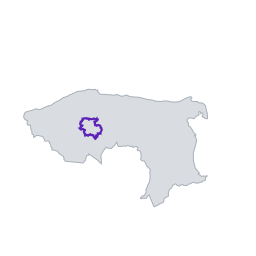 La Convencion, Cusco, Peru (highlighted), rotated 125°
{"feature_id": "86281439B48996208982152", "entity_name": "La Convencion", "entity_type": "district", "adm_level": 2, "iso_a3": "PER", "parent_name": "Peru", "parent_adm1": "Cusco", "projection": "mercator", "projection_center": [-72.836, -12.335], "detail": "fine", "context": "in_parent", "style": "outline", "palette": "violet", "viewbox_px": 256, "rotation_deg": 125, "n_neighbors": 0, "source": "geoboundaries", "source_scale": "gbopen_adm2", "svg_char_len": 7931}
<svg xmlns="http://www.w3.org/2000/svg" viewBox="0 0 256 256"><g transform="rotate(125 128 128)"><path d="M178.5,76.8L178.4,77.5L177.6,77.8L176.9,77.3L175.7,77.5L174.1,76.0L170.1,76.2L168.4,78.0L165.8,78.3L162.9,79.2L159.7,79.5L154.6,82.3L153.4,83.5L151.1,85.2L149.3,85.7L148.3,90.9L146.5,93.9L145.8,95.5L146.8,98.0L146.7,99.2L145.7,100.2L144.9,100.3L143.1,101.4L140.5,103.7L140.1,105.4L140.9,107.7L140.6,108.0L138.5,108.4L138.5,109.7L138.1,110.2L139.9,112.1L140.9,112.5L141.0,113.0L140.8,113.4L140.4,113.7L140.4,114.1L141.7,115.4L142.6,118.2L144.5,119.6L144.6,120.4L145.1,121.3L146.1,122.0L148.4,124.8L148.4,126.0L146.0,129.0L150.0,129.0L154.3,130.0L154.9,130.5L155.5,131.8L155.5,132.7L156.4,133.4L156.3,135.0L162.1,135.0L165.8,134.6L171.8,129.7L172.7,129.3L172.2,130.3L172.1,131.1L172.5,132.0L171.8,133.2L171.7,145.3L172.8,144.6L174.2,145.7L175.2,145.8L178.5,144.4L182.4,144.7L191.3,160.5L190.5,161.6L190.6,162.4L189.5,163.1L188.4,164.4L188.3,170.7L187.4,172.6L187.9,173.6L188.4,175.7L189.2,176.9L189.4,177.7L189.3,178.0L188.1,178.6L188.0,179.8L185.8,182.1L185.4,183.6L184.6,184.1L184.4,185.9L186.4,188.7L185.1,190.4L183.9,192.9L186.0,198.2L186.8,198.9L187.7,198.9L189.0,199.3L189.7,200.1L188.1,201.1L187.8,201.6L187.9,203.3L186.1,204.6L183.8,208.0L183.1,208.2L181.9,209.2L181.7,209.7L181.9,210.1L182.9,211.1L183.0,212.4L181.3,213.9L180.1,214.0L179.6,214.4L180.1,216.5L180.1,217.4L179.7,218.5L178.9,219.7L176.3,221.0L174.0,221.2L170.0,218.1L168.7,216.8L164.8,214.2L164.1,211.5L162.8,210.1L160.4,209.1L158.5,207.7L157.0,207.1L153.4,204.0L150.2,203.0L144.1,199.8L140.8,198.7L136.6,195.7L134.4,194.9L132.6,193.5L127.1,190.5L126.2,189.6L125.4,188.1L124.1,187.2L122.8,185.2L120.7,184.0L118.8,182.4L116.4,178.2L115.2,177.3L115.1,175.4L114.3,174.5L115.5,173.9L116.3,170.9L115.9,169.4L113.1,165.4L112.5,163.8L110.5,160.8L109.8,158.9L108.2,157.6L107.5,156.5L106.6,156.0L106.5,154.6L105.9,151.9L105.0,150.6L101.8,148.1L101.4,145.4L100.7,143.5L96.2,135.9L93.6,128.6L91.4,124.5L90.5,122.2L90.5,120.9L88.8,118.8L88.0,116.8L84.3,113.0L82.2,108.8L81.9,107.6L80.5,105.3L78.1,102.3L77.0,101.1L70.0,97.4L66.7,95.1L66.3,94.0L66.4,93.3L67.2,92.7L68.2,93.1L68.8,92.9L69.2,92.1L69.3,90.9L68.6,89.3L66.4,86.2L67.0,84.8L64.7,81.2L65.2,77.7L65.7,76.8L69.2,73.3L70.1,71.8L71.5,70.8L73.0,69.4L74.8,68.3L75.3,68.7L75.9,70.6L75.8,71.8L76.3,73.2L75.0,74.5L73.7,74.2L73.2,74.6L73.0,75.2L73.2,76.1L73.5,76.5L74.5,76.5L73.2,78.4L73.3,78.8L74.2,79.1L75.1,78.6L76.1,77.6L76.7,77.4L80.1,79.2L81.7,79.0L82.9,79.9L83.1,81.2L84.8,83.8L87.3,84.4L87.8,84.2L88.3,83.2L88.9,83.1L89.0,81.6L91.2,80.1L91.6,79.1L91.2,78.3L91.3,77.7L92.6,74.3L93.0,74.0L93.4,72.9L93.9,72.2L94.6,68.4L95.2,68.4L95.8,69.3L96.5,69.1L96.1,68.2L96.3,67.9L98.7,64.9L99.5,64.2L111.3,60.0L117.2,55.7L122.4,49.7L124.0,43.6L124.6,44.1L125.6,43.9L125.3,41.5L125.5,40.3L125.5,40.0L123.9,38.5L123.2,36.9L121.8,36.0L121.8,35.6L123.3,36.0L124.7,35.8L125.9,34.8L126.7,34.9L128.7,36.3L130.1,36.4L130.6,37.4L131.9,38.1L133.9,40.2L134.8,42.5L134.8,42.9L135.7,44.1L137.6,44.7L139.5,46.4L141.5,46.9L142.4,48.4L142.9,48.9L143.2,49.8L142.9,50.8L143.2,51.3L144.6,52.2L145.9,52.3L146.2,52.7L146.9,55.2L146.4,56.5L146.6,57.2L148.2,57.8L148.7,58.4L150.0,58.5L151.9,57.9L154.2,58.7L155.9,58.4L156.8,58.2L157.6,57.7L158.3,57.7L160.1,56.1L160.6,55.9L162.5,56.7L164.2,57.8L166.2,57.5L167.0,56.9L168.4,56.5L171.1,57.8L171.7,58.5L172.4,58.6L175.2,59.9L175.7,60.5L177.2,61.0L177.5,61.4L177.4,61.9L170.8,72.3L172.8,73.1L174.7,72.6L175.7,73.3L176.5,75.0L178.0,76.1L178.5,76.8Z" fill="#d9dde1" stroke="#a8b0b8" stroke-width="1"/><path d="M150.4,170.2L150.7,169.9L150.9,169.8L151.2,169.9L151.3,169.8L151.6,169.7L151.8,169.5L152.0,169.6L152.2,169.3L152.3,169.3L152.5,169.1L152.7,168.7L152.6,168.4L152.6,167.9L152.4,167.6L152.5,167.4L152.3,167.4L152.3,167.1L152.1,166.7L152.4,166.6L152.6,166.6L153.3,166.7L153.4,166.9L153.6,166.9L153.8,167.2L154.0,167.3L154.5,167.3L154.7,167.2L154.8,167.3L155.1,167.0L155.1,166.8L155.2,166.7L155.3,166.7L155.4,166.9L155.6,166.9L155.7,167.0L155.8,167.1L155.8,166.9L155.9,166.6L156.2,166.7L156.3,166.3L156.3,166.2L156.4,165.9L156.3,165.7L156.0,165.6L156.0,165.3L155.9,165.1L155.5,165.0L155.4,165.0L155.3,164.9L155.2,164.9L154.7,164.4L154.8,164.2L154.6,164.0L154.5,163.8L154.6,163.4L154.5,163.2L154.5,162.7L154.6,162.4L154.9,162.2L154.6,162.1L154.4,161.9L154.5,161.8L154.8,161.8L155.0,162.0L155.4,162.1L155.9,162.2L156.1,162.1L156.3,162.1L156.6,161.9L156.8,161.7L156.9,161.3L156.9,161.0L157.2,160.6L157.3,160.7L157.5,160.2L157.5,159.8L157.7,159.7L158.0,159.6L158.4,159.4L158.5,159.2L158.4,159.0L158.5,158.9L158.7,158.7L158.4,158.6L157.8,158.3L157.8,158.1L157.7,158.0L157.4,157.8L157.2,157.8L157.2,157.3L157.1,157.1L157.3,156.8L157.2,156.7L157.2,156.2L156.4,156.0L155.8,156.0L155.4,155.9L155.4,155.6L155.5,155.4L155.3,155.3L155.3,155.1L154.7,155.0L154.8,154.7L154.7,154.6L154.7,154.2L154.8,153.9L154.2,153.6L154.2,153.4L154.4,153.3L154.4,153.2L154.3,152.9L153.9,152.6L153.8,152.3L154.0,152.2L154.2,151.9L154.3,151.8L154.4,151.6L154.6,151.6L154.8,151.4L155.0,151.1L155.0,150.9L155.1,150.6L155.1,150.4L155.1,150.2L155.3,149.9L155.2,149.6L155.4,149.2L155.6,149.1L155.7,148.7L155.3,148.6L155.3,148.4L155.2,148.4L154.9,148.5L154.9,148.4L154.7,148.4L154.5,148.6L154.3,148.6L154.2,148.6L154.1,148.8L154.0,148.7L153.9,148.8L153.7,149.0L153.6,148.9L153.6,149.1L153.4,149.1L153.2,149.3L153.1,149.2L153.1,149.3L153.0,149.5L152.9,149.4L153.0,149.5L152.9,149.5L152.6,149.6L152.3,149.6L152.2,149.6L152.1,149.4L152.0,149.6L151.9,149.5L152.0,149.4L151.9,149.4L151.7,149.4L151.6,149.2L151.2,149.2L151.0,148.8L151.1,148.7L150.9,148.7L150.9,148.8L150.9,148.7L150.7,148.7L150.5,148.9L150.3,149.0L150.2,149.1L150.2,148.9L150.1,149.1L149.9,149.0L149.7,149.1L149.8,149.0L149.7,149.0L149.7,148.9L149.4,148.9L149.2,148.6L149.2,148.8L148.9,148.7L148.9,148.8L148.8,148.7L148.7,148.6L148.5,148.4L148.8,148.3L148.6,148.3L148.6,148.1L148.8,148.1L148.7,148.0L148.6,147.9L148.4,147.9L148.4,147.4L148.5,147.4L148.4,147.3L148.0,147.5L147.9,147.8L147.5,148.0L147.3,147.9L146.8,148.1L146.4,148.1L146.2,148.1L145.7,148.2L145.6,148.3L145.0,148.3L144.7,148.3L144.6,148.5L144.3,148.7L144.3,148.9L144.1,149.0L143.9,149.1L143.7,149.3L143.6,149.7L143.4,149.7L143.4,149.8L143.3,150.0L143.6,150.3L143.6,150.6L143.4,150.6L143.2,150.6L143.1,150.9L142.5,151.3L142.1,151.8L142.0,152.1L142.4,152.7L142.4,152.9L142.3,153.0L142.3,153.7L142.6,153.8L143.0,154.0L143.5,154.6L143.7,154.8L143.7,155.0L143.8,155.2L143.7,155.2L143.8,155.3L143.9,155.5L144.1,155.4L144.1,155.6L144.1,155.8L144.0,156.0L144.1,156.3L144.3,156.4L144.6,156.5L144.5,156.8L144.1,156.8L143.7,156.9L143.4,157.6L143.4,157.8L143.1,157.9L142.9,157.9L142.6,158.0L142.4,158.2L142.3,158.6L142.3,159.1L142.1,159.3L141.8,159.2L141.5,159.0L141.5,158.7L141.2,158.4L141.1,158.1L140.9,158.1L140.7,158.1L140.1,157.6L139.8,157.7L139.7,157.8L139.3,157.8L139.1,157.9L138.9,157.7L138.7,157.6L138.6,157.8L138.3,157.8L138.4,158.2L138.4,158.5L138.5,158.8L138.4,158.9L138.6,158.9L138.8,159.2L139.1,159.5L139.3,159.5L139.4,160.0L139.6,160.4L139.6,160.8L139.8,160.8L140.1,161.3L140.1,161.7L140.6,162.0L140.8,161.9L141.0,162.2L141.2,162.4L141.3,162.4L141.6,162.8L141.9,163.2L141.9,163.4L142.0,163.6L142.2,163.8L142.2,164.0L142.3,164.2L142.9,164.6L142.8,164.8L142.9,165.0L143.1,164.9L143.1,165.1L143.0,165.3L142.8,165.5L143.1,165.7L143.4,165.6L143.3,166.0L143.2,166.1L143.2,166.3L143.3,166.3L143.3,166.2L143.5,166.3L143.6,166.6L143.6,166.8L143.8,167.0L143.9,166.9L144.0,167.1L144.0,167.4L144.1,167.5L144.0,167.8L144.3,167.9L144.3,168.1L144.5,168.4L144.7,168.5L144.7,168.8L144.8,168.8L145.0,169.0L145.2,169.3L145.3,169.4L145.5,169.6L145.6,169.8L145.8,169.8L146.0,169.9L146.2,170.0L146.3,170.1L146.4,170.3L146.5,170.1L146.7,169.9L146.9,170.1L147.0,170.1L147.5,170.1L147.7,169.8L147.8,169.9L148.0,170.0L148.4,169.6L148.6,169.6L148.9,169.5L149.2,169.6L149.3,169.9L149.5,169.9L149.7,170.0L149.8,169.9L150.0,170.0L150.1,169.9L150.2,170.1L150.2,170.3L150.4,170.2Z" fill="none" stroke="#5b21b6" stroke-width="2"/></g></svg>